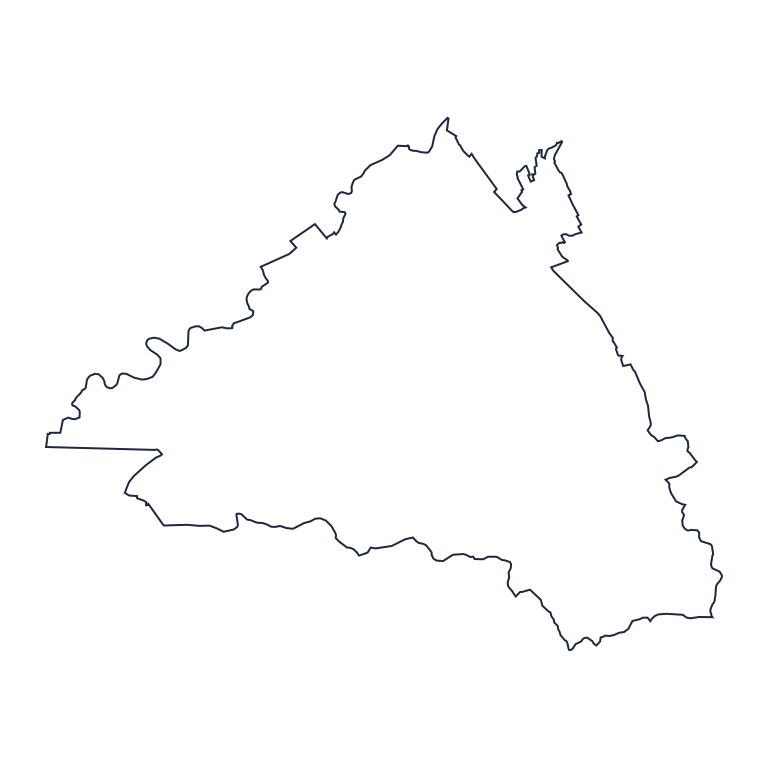 the district of Dragutesti, Gorj, Romania
{"feature_id": "2599482B69401383147703", "entity_name": "Dragutesti", "entity_type": "district", "adm_level": 2, "iso_a3": "ROU", "parent_name": "Romania", "parent_adm1": "Gorj", "projection": "equal_earth", "projection_center": [23.244, 44.958], "detail": "fine", "context": "isolated", "style": "outline", "palette": "slate", "viewbox_px": 768, "rotation_deg": 0, "n_neighbors": 0, "source": "geoboundaries", "source_scale": "gbopen_adm2", "svg_char_len": 6076}
<svg xmlns="http://www.w3.org/2000/svg" viewBox="0 0 768 768"><path d="M712.4,617.2L711.4,615.8L711.2,613.5L710.4,612.1L710.5,609.3L712.3,604.7L714.3,601.9L715.4,595.4L716.1,586.3L716.8,584.5L720.3,580.4L721.9,577.0L721.9,575.4L719.6,571.6L712.6,568.4L711.5,566.6L711.0,564.2L712.3,556.4L713.1,553.8L712.0,546.5L711.4,545.1L710.3,544.1L701.0,541.2L699.1,537.3L699.2,532.6L697.3,530.3L690.8,529.9L688.0,530.6L685.0,528.9L682.7,525.6L682.2,520.7L684.1,515.2L682.2,512.1L682.1,510.1L685.2,504.8L682.2,504.2L676.1,501.4L671.4,493.7L670.3,491.1L669.2,487.0L669.4,484.5L669.0,483.2L665.6,479.7L669.8,477.9L676.1,476.7L679.1,475.3L689.1,467.8L692.0,466.9L696.9,462.0L694.5,459.4L689.9,453.1L687.5,451.2L687.4,449.9L688.4,447.0L687.7,441.0L686.3,439.6L684.7,436.8L684.6,435.9L677.8,435.4L671.8,437.4L665.2,438.2L661.1,440.4L657.9,441.2L654.3,437.1L650.9,434.9L647.6,430.3L650.7,425.6L650.6,422.0L649.1,416.4L648.0,405.7L645.9,399.4L644.7,392.1L640.0,383.6L635.0,371.7L633.5,370.2L630.5,364.4L623.2,366.0L621.2,360.0L621.5,357.3L622.4,356.1L621.5,356.2L621.0,355.6L618.7,355.7L617.8,354.7L615.9,348.9L616.9,347.6L613.8,342.3L612.7,341.1L612.8,337.8L609.5,333.4L600.1,315.9L597.7,313.1L584.8,301.7L560.2,277.6L553.1,270.5L551.2,267.3L567.8,261.2L567.8,260.6L562.2,256.7L557.6,249.3L558.1,248.0L556.9,245.2L558.3,243.6L560.1,242.6L561.0,243.1L562.9,242.2L564.1,243.0L564.9,242.3L561.4,235.6L563.5,234.3L566.1,234.2L568.6,235.6L572.1,235.8L575.6,234.1L581.6,232.5L578.5,227.1L578.4,226.6L581.2,224.5L576.7,216.4L578.4,215.2L572.5,204.1L568.5,195.4L570.9,194.1L570.4,193.7L570.6,192.1L566.9,185.4L566.9,184.1L562.5,174.5L561.3,172.8L560.3,172.6L558.8,170.9L554.3,162.6L555.0,161.4L553.9,158.9L554.8,155.3L561.9,142.3L561.9,141.4L561.4,141.2L558.2,143.1L557.1,142.7L556.0,145.3L551.4,147.8L548.9,148.6L547.3,150.0L545.0,156.3L544.9,158.4L541.5,156.7L541.7,150.0L539.1,150.2L539.2,152.8L537.3,153.4L537.1,156.1L535.5,157.9L536.7,165.6L534.6,167.3L535.3,173.8L533.3,175.0L532.9,174.3L532.2,174.4L534.1,180.2L530.7,181.6L528.1,175.4L529.7,174.8L529.6,174.1L526.4,165.9L524.9,166.1L519.8,171.4L517.2,171.6L516.8,174.7L517.7,176.7L517.4,177.8L523.2,189.4L521.4,190.3L522.0,191.9L517.5,198.4L522.0,204.7L525.6,207.4L523.1,208.3L521.3,209.8L515.7,212.0L513.6,212.1L512.4,211.2L494.1,192.0L496.7,189.0L474.7,158.8L471.6,153.8L469.3,156.7L467.7,155.4L463.3,151.0L460.0,145.2L458.9,144.4L455.5,137.4L456.2,136.1L446.9,130.4L448.5,118.5L447.5,117.9L441.6,123.9L437.5,129.1L434.4,136.1L432.2,146.4L429.0,151.7L427.4,152.7L421.2,152.2L416.1,150.8L414.1,150.9L410.6,150.1L409.0,148.7L408.8,146.1L407.9,145.4L407.0,146.2L397.8,145.7L389.8,155.1L382.2,159.9L370.5,165.1L364.8,170.7L363.4,173.6L361.1,176.5L354.2,179.9L352.6,183.2L351.5,187.2L351.9,191.2L351.1,193.1L348.4,194.0L342.0,192.1L340.0,192.8L337.7,194.9L335.4,201.9L334.3,203.7L335.0,206.3L338.6,209.7L339.7,211.7L344.6,212.1L345.4,213.3L345.2,214.6L343.3,218.3L342.9,222.0L341.8,223.9L340.8,227.3L338.4,231.8L336.0,234.6L334.1,232.3L332.9,234.0L327.7,236.8L326.8,238.4L314.9,224.1L290.4,241.0L296.3,247.7L289.4,253.9L260.7,266.8L263.0,270.6L263.9,274.7L265.7,278.1L267.9,281.0L268.0,282.6L261.6,286.9L261.2,288.8L260.2,289.5L253.5,289.4L250.4,291.2L248.2,294.1L246.9,296.7L246.5,299.4L247.4,303.6L248.8,306.2L249.5,309.0L252.6,310.7L253.3,311.8L253.0,314.9L250.5,317.2L235.8,322.7L234.0,323.0L232.1,326.1L232.4,327.8L232.1,328.2L227.4,328.4L221.8,327.3L204.5,330.6L202.3,328.3L199.1,326.3L195.7,326.3L190.7,327.9L188.9,330.0L188.5,331.5L187.9,345.4L186.0,347.9L180.5,350.8L179.0,350.8L175.7,349.4L167.8,343.7L159.4,338.7L154.0,337.7L149.0,338.8L147.5,339.9L146.3,342.6L146.3,344.3L147.0,346.3L150.2,350.0L157.0,354.5L160.1,357.7L160.6,359.4L160.5,364.1L159.9,365.5L155.6,373.0L152.6,376.8L146.9,379.0L142.2,379.6L134.2,377.7L126.5,373.9L122.5,373.5L120.0,374.7L119.2,376.1L117.2,383.6L116.2,385.0L112.6,387.9L110.1,388.3L106.7,387.1L104.9,384.5L104.2,380.9L102.7,377.9L98.7,374.3L95.0,373.8L90.0,375.8L87.6,378.5L86.8,380.8L85.7,387.6L85.1,388.7L82.2,390.3L81.0,392.7L76.1,397.7L74.9,400.3L72.5,402.6L72.1,403.7L72.6,405.5L75.0,406.2L79.3,410.2L79.8,412.3L79.5,417.5L74.9,419.2L72.3,419.0L68.3,417.6L62.9,419.9L60.3,432.8L49.9,432.8L49.6,434.1L47.8,433.9L46.1,447.0L154.2,449.9L157.1,449.5L158.6,450.5L162.0,454.4L160.2,455.8L156.1,457.5L145.7,465.3L133.7,476.2L129.0,482.1L124.8,492.8L129.1,495.5L137.0,496.1L136.9,497.7L137.4,498.4L143.5,500.5L146.2,502.2L146.5,502.9L145.9,504.2L146.1,505.3L147.7,505.1L148.4,504.0L163.7,525.5L187.1,524.8L199.8,525.9L209.5,525.6L216.9,528.4L223.6,531.8L233.8,529.5L237.3,526.9L237.9,524.9L236.4,514.9L236.8,513.9L238.6,513.6L241.4,514.2L247.0,519.5L250.7,520.2L256.7,522.6L262.9,523.1L267.5,524.7L271.3,526.8L276.2,526.9L278.5,526.1L280.6,526.1L286.3,528.0L292.2,528.8L293.8,528.4L304.2,523.0L310.4,521.4L315.2,518.7L320.2,518.3L325.8,520.5L331.5,526.2L335.5,533.3L336.0,535.2L335.7,538.0L339.3,541.7L346.9,547.5L350.2,547.8L353.8,549.4L357.2,552.8L359.0,555.6L367.6,552.6L370.7,547.6L375.6,548.4L391.7,546.0L405.1,539.3L412.9,537.5L416.1,541.0L418.6,542.9L423.4,543.9L426.1,545.3L431.6,552.3L431.6,554.8L433.3,558.4L435.6,560.0L437.4,560.7L443.2,561.0L452.8,554.8L463.1,554.0L465.8,554.7L470.5,557.1L473.0,556.6L474.7,559.0L483.1,559.3L487.9,556.8L495.6,556.7L497.2,557.1L502.1,560.0L504.7,560.3L509.9,562.0L510.9,563.7L511.1,565.6L510.6,568.5L508.6,572.4L509.2,577.6L507.7,582.1L508.0,585.4L508.6,587.0L511.7,590.5L515.7,596.5L520.2,592.0L522.3,591.9L530.0,589.7L540.8,599.8L542.4,605.8L548.6,611.5L550.5,612.4L551.3,616.1L553.8,619.8L554.2,622.5L557.8,626.0L558.2,629.3L559.3,631.2L560.6,635.2L564.8,640.2L566.5,641.2L567.4,643.2L568.6,648.8L569.3,650.1L570.6,650.1L572.5,648.9L575.6,644.1L581.1,641.5L582.9,639.0L584.5,638.0L587.1,637.6L592.3,641.1L593.7,643.6L596.3,645.5L600.1,641.5L600.7,637.4L603.1,636.9L605.0,635.6L609.0,636.0L613.5,635.2L619.0,632.8L624.1,632.0L628.4,628.8L632.4,621.0L640.1,619.1L642.6,617.7L647.6,617.7L650.3,621.2L651.6,619.1L654.6,616.1L658.3,614.4L666.9,613.8L682.8,614.8L686.4,617.5L690.2,618.3L699.1,617.0L712.4,617.2Z" fill="none" stroke="#1e293b" stroke-width="2"/></svg>